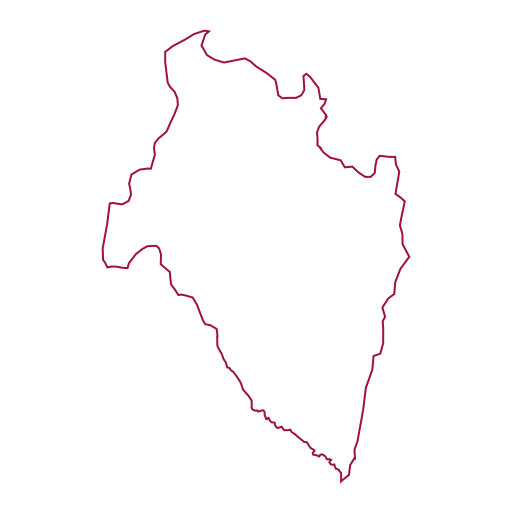 Yeallequelleh, Bong, Liberia
{"feature_id": "62588387B10021882083615", "entity_name": "Yeallequelleh", "entity_type": "district", "adm_level": 2, "iso_a3": "LBR", "parent_name": "Liberia", "parent_adm1": "Bong", "projection": "equal_earth", "projection_center": [-9.69, 6.817], "detail": "fine", "context": "isolated", "style": "outline", "palette": "rose", "viewbox_px": 512, "rotation_deg": 0, "n_neighbors": 0, "source": "geoboundaries", "source_scale": "gbopen_adm2", "svg_char_len": 3656}
<svg xmlns="http://www.w3.org/2000/svg" viewBox="0 0 512 512"><path d="M341.1,481.3L341.6,480.8L349.0,474.9L350.1,465.2L354.2,458.6L355.0,458.7L354.5,449.7L354.8,448.7L357.5,441.2L358.3,436.7L361.7,417.9L363.2,409.3L364.1,402.5L365.9,387.5L366.8,385.2L372.3,369.7L373.6,356.0L374.0,355.9L380.3,353.6L383.2,343.1L383.2,329.0L383.2,328.3L382.7,321.2L385.1,316.8L382.4,307.5L383.8,305.3L388.4,298.3L393.5,294.6L394.2,294.2L395.1,284.2L395.3,282.0L400.5,268.6L401.1,267.9L408.6,257.7L409.3,256.8L402.6,244.2L402.4,233.9L399.9,225.4L400.8,220.5L402.1,213.9L404.8,201.3L404.3,200.9L403.9,200.5L403.2,199.9L400.1,197.2L395.5,193.9L399.2,172.1L399.3,171.7L398.1,169.1L397.5,167.8L396.0,164.7L395.1,156.9L393.2,156.9L392.9,156.9L389.4,156.9L379.7,155.8L376.7,159.5L375.4,165.8L374.8,172.8L370.7,176.9L365.6,176.9L365.2,176.9L358.6,172.5L354.6,168.8L352.3,166.6L349.4,166.9L344.8,167.3L340.7,160.3L330.3,157.7L326.2,154.6L323.7,152.6L320.5,148.6L320.9,148.1L317.4,145.2L317.6,141.1L317.3,135.6L316.9,132.6L319.3,126.4L323.6,121.5L325.7,118.8L326.3,117.4L325.7,117.6L326.1,115.2L320.9,108.2L324.4,104.1L326.1,99.3L325.0,99.2L320.3,98.9L318.4,87.8L315.3,83.8L310.1,76.8L306.3,73.8L303.5,76.0L304.3,89.2L304.3,90.1L301.3,95.3L295.8,97.9L292.0,97.9L287.3,97.9L282.4,98.3L278.3,95.3L277.0,88.0L276.6,85.3L275.2,79.8L266.7,73.1L256.2,66.5L251.9,62.7L250.4,61.3L244.9,58.4L224.0,62.5L219.7,61.2L214.4,59.6L211.9,58.1L207.0,55.1L206.8,54.8L205.8,53.0L201.5,45.5L205.3,34.4L208.9,31.4L204.2,30.7L194.0,34.1L185.0,39.6L172.9,46.0L165.2,51.9L165.2,60.8L165.2,62.3L167.7,82.6L168.9,84.8L169.9,86.7L172.0,89.0L174.6,91.8L177.3,98.1L177.9,105.1L174.6,113.7L173.2,116.8L172.0,119.4L170.2,123.3L166.4,131.8L158.9,138.1L158.4,138.5L155.2,142.5L154.8,142.9L154.0,148.1L154.9,154.8L153.1,160.8L152.7,162.2L150.8,168.8L148.0,168.5L139.8,169.6L131.5,174.4L130.8,177.0L129.1,183.7L129.6,186.0L130.2,188.5L131.0,194.8L128.5,201.1L128.2,201.2L122.2,204.4L112.9,203.0L109.8,203.4L107.1,224.4L105.4,233.7L104.1,240.8L102.7,248.1L102.9,254.6L102.9,254.9L103.0,259.6L105.0,262.6L106.3,265.1L107.4,267.4L109.5,267.0L111.3,266.6L116.0,266.6L119.8,267.3L121.7,267.7L127.5,268.1L128.9,263.2L133.2,257.6L136.0,254.0L142.6,248.8L146.9,246.5L147.5,246.2L156.3,245.8L159.1,248.4L161.0,254.3L160.8,262.6L160.8,264.3L169.8,272.0L169.9,273.1L170.7,281.3L171.2,284.6L171.8,285.4L175.1,289.8L178.4,295.0L181.7,294.6L186.4,295.7L192.7,297.5L197.1,304.9L198.5,308.8L200.1,313.0L200.7,314.4L202.9,320.1L205.1,324.1L210.3,325.2L214.6,327.7L216.6,328.9L217.3,333.9L217.5,336.4L217.2,336.5L217.3,344.0L217.4,345.6L218.3,348.0L221.9,354.2L223.5,359.0L225.8,362.3L226.2,363.5L227.2,367.4L229.4,367.9L230.8,370.1L233.5,372.1L236.3,375.9L240.1,381.6L241.6,385.1L243.1,389.7L248.5,395.8L251.7,400.7L251.6,402.5L251.8,404.8L251.5,406.8L252.2,409.2L254.7,410.5L257.5,410.5L258.3,411.6L260.6,411.0L261.9,410.3L263.0,410.4L263.4,410.4L264.6,412.1L264.7,414.7L264.8,415.9L265.8,417.5L265.8,418.3L266.3,419.1L267.1,419.1L267.9,418.2L268.4,417.9L269.3,419.0L269.7,420.5L270.8,421.5L271.7,422.4L273.6,422.4L274.7,422.9L275.1,425.2L276.0,426.8L277.9,428.1L278.8,427.7L280.4,427.1L281.7,426.8L282.7,428.3L284.2,430.2L286.4,430.2L288.7,430.1L290.3,429.7L291.4,431.8L295.3,434.5L297.4,436.4L299.3,438.0L304.3,442.0L306.9,442.2L308.6,445.1L310.5,447.9L314.0,450.0L314.5,450.8L312.7,453.0L313.1,454.6L314.5,454.9L316.3,455.2L319.2,456.5L320.2,454.9L321.6,454.3L321.9,454.3L324.7,455.8L326.0,457.5L327.0,459.3L329.9,459.2L331.1,459.9L329.8,461.1L329.4,462.4L330.7,464.2L332.6,464.8L334.3,464.5L335.1,467.0L335.9,468.8L336.9,468.9L339.0,469.9L339.3,471.0L341.1,472.9L341.1,481.3Z" fill="none" stroke="#9f1239" stroke-width="2"/></svg>